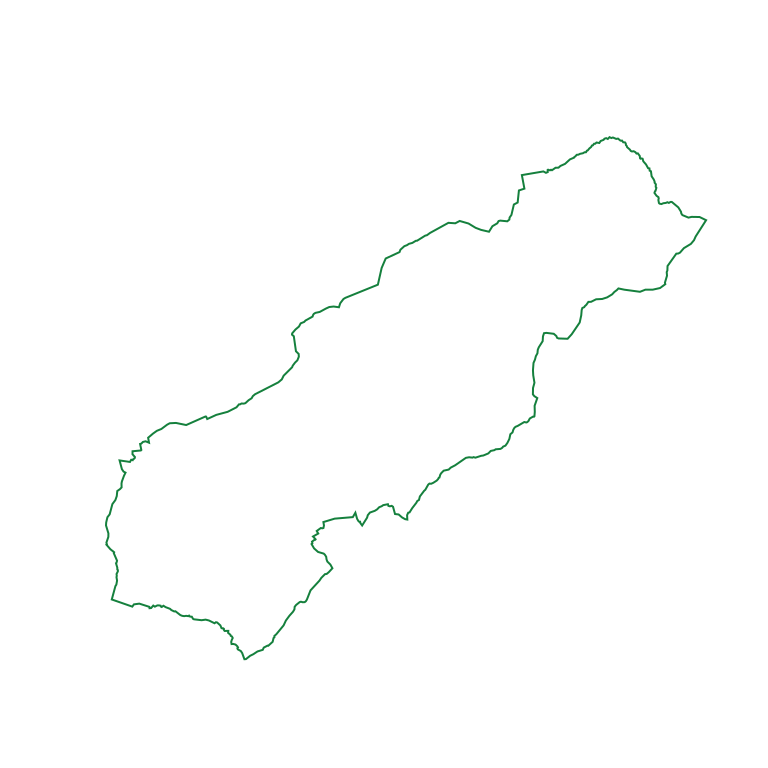 the district of Rodna, Bistrita-Nasaud, Romania, rotated 46°
{"feature_id": "2599482B97945568100996", "entity_name": "Rodna", "entity_type": "district", "adm_level": 2, "iso_a3": "ROU", "parent_name": "Romania", "parent_adm1": "Bistrita-Nasaud", "projection": "albers", "projection_center": [24.848, 47.491], "detail": "fine", "context": "isolated", "style": "outline", "palette": "green", "viewbox_px": 768, "rotation_deg": 46, "n_neighbors": 0, "source": "geoboundaries", "source_scale": "gbopen_adm2", "svg_char_len": 6069}
<svg xmlns="http://www.w3.org/2000/svg" viewBox="0 0 768 768"><g transform="rotate(46 384 384)"><path d="M369.3,719.7L368.8,717.0L372.0,712.6L381.3,707.6L382.4,708.4L383.4,707.1L383.1,703.9L385.0,703.5L385.8,700.9L386.9,699.7L388.3,698.7L389.2,699.1L390.0,698.8L390.3,696.7L392.8,696.1L397.1,694.1L398.9,694.0L401.9,692.9L402.6,691.9L408.8,691.0L410.6,690.2L412.2,689.0L413.3,687.4L415.1,686.0L415.2,685.1L416.6,685.1L417.9,683.9L420.2,684.5L421.2,684.2L427.2,679.3L429.6,676.0L432.5,674.2L438.4,672.1L438.6,670.4L439.6,669.7L444.0,669.4L446.8,670.5L448.2,669.3L449.0,669.3L449.3,669.9L450.9,670.2L453.4,667.5L454.7,669.0L457.7,668.7L458.7,669.2L459.8,668.8L461.3,669.1L461.7,669.4L462.3,671.2L463.4,673.1L465.2,674.3L466.3,673.0L468.3,671.8L470.7,671.7L472.1,672.0L472.2,673.0L473.3,673.5L476.6,672.5L479.0,672.9L485.0,675.6L486.0,674.4L486.5,669.1L487.6,665.7L488.5,660.8L491.0,655.9L490.1,653.6L491.3,649.5L491.9,649.1L492.1,643.2L490.0,639.9L490.1,638.8L489.1,637.9L489.2,635.3L487.9,623.9L486.0,618.9L485.0,613.0L484.6,607.6L483.9,605.0L482.2,603.0L481.9,600.7L482.3,596.2L482.9,595.0L484.6,594.0L485.8,592.6L486.0,591.2L485.5,589.2L481.4,580.2L480.6,567.0L479.9,563.7L479.8,558.5L480.8,557.2L481.0,554.4L480.7,549.1L476.6,548.0L472.4,548.1L470.3,547.2L468.1,545.6L465.6,545.1L464.1,545.2L459.0,548.1L453.7,548.5L448.8,547.3L448.8,546.1L447.4,545.3L447.8,542.2L448.3,541.6L448.2,541.1L444.4,541.0L445.9,535.2L443.0,534.5L443.7,529.5L444.9,528.7L445.5,527.6L444.0,525.4L441.2,523.5L446.6,513.0L458.1,498.9L456.7,494.0L462.3,497.0L464.8,497.6L466.1,497.5L466.5,496.9L467.6,497.6L470.6,498.0L468.4,489.0L467.1,486.8L466.7,483.4L468.8,478.8L469.4,476.1L469.3,473.0L470.3,470.6L470.6,468.7L473.2,464.7L474.7,465.5L476.1,464.7L477.0,463.1L478.6,462.8L485.2,466.4L488.0,464.1L492.5,463.7L495.9,462.7L497.7,461.4L494.4,458.5L493.4,456.0L494.1,454.8L492.9,449.9L491.9,443.2L491.3,441.4L491.7,439.4L489.8,436.3L488.7,429.3L488.8,427.8L487.1,422.1L487.2,420.5L488.5,419.4L489.3,417.2L490.1,413.2L490.0,411.2L489.5,409.8L489.8,409.1L488.3,406.5L487.9,404.8L487.8,401.3L490.5,396.9L490.5,394.1L491.9,389.3L494.0,376.4L495.8,373.7L498.4,371.5L498.8,370.4L500.5,369.4L503.2,363.9L504.4,362.3L506.4,357.2L506.3,353.7L508.3,350.5L508.5,349.1L511.6,345.3L512.0,343.3L511.8,341.8L512.7,339.5L512.1,336.2L510.6,332.0L507.9,328.0L508.1,325.2L506.7,322.7L506.1,320.5L506.2,319.0L507.0,317.0L508.8,309.5L510.5,308.4L510.9,307.6L511.0,305.9L510.1,303.1L511.0,299.4L511.7,298.9L511.7,298.2L508.8,294.9L504.3,290.8L500.6,283.5L497.2,284.3L494.9,284.1L490.4,279.6L487.6,274.9L481.4,270.6L477.6,267.3L472.7,261.8L471.3,258.4L469.5,255.5L468.5,252.3L466.2,249.6L465.1,247.1L463.4,240.1L460.2,236.6L458.6,233.6L460.0,231.7L465.8,227.0L469.2,226.7L471.0,227.4L472.5,226.8L479.0,220.5L478.6,214.4L475.7,200.5L471.6,194.4L468.1,190.4L467.1,188.5L467.8,186.6L467.5,185.3L467.6,183.5L466.9,179.9L468.7,178.0L470.4,172.6L474.4,168.0L476.7,163.3L478.0,157.6L477.8,154.4L478.2,151.1L478.1,149.0L483.1,145.6L495.5,135.8L497.7,130.5L502.8,125.2L506.7,118.8L507.6,112.3L506.3,111.6L502.7,105.2L499.9,102.9L499.2,101.3L496.1,98.1L493.3,83.2L494.6,81.6L495.1,79.8L494.6,73.9L496.4,65.9L495.9,61.1L494.4,57.4L489.9,38.5L483.1,41.0L477.5,46.6L475.8,49.4L469.8,52.0L467.9,51.7L466.4,50.7L461.4,49.6L453.0,50.5L452.1,51.4L451.6,53.3L450.1,53.9L449.5,55.5L448.0,57.5L447.3,59.4L445.7,60.5L444.8,60.5L442.2,58.8L441.4,57.5L440.2,56.8L437.9,57.2L434.4,56.7L433.6,55.2L433.7,54.6L432.1,51.8L430.9,51.6L429.2,49.7L427.2,49.5L426.3,48.7L424.3,47.9L420.5,47.2L416.4,44.2L415.1,44.7L413.3,43.3L412.2,44.1L408.1,43.0L404.0,42.8L401.6,41.5L400.7,42.0L400.1,43.0L399.5,43.0L397.6,41.6L394.4,41.2L393.6,42.3L391.9,42.1L390.0,42.7L389.0,44.1L387.7,44.6L386.2,44.3L382.5,44.6L381.3,44.0L380.2,44.0L378.9,43.0L377.6,42.8L376.3,44.0L374.2,43.7L373.7,44.5L372.9,44.9L370.0,45.2L369.0,46.7L365.7,48.1L365.0,49.6L363.1,50.3L363.2,52.8L361.5,53.4L360.7,55.0L360.9,56.5L359.7,59.3L360.2,61.7L357.9,63.4L357.9,65.1L357.1,66.0L357.4,68.0L356.9,68.8L357.4,70.4L357.2,72.6L357.5,75.2L357.1,76.0L357.6,77.7L356.6,78.8L356.2,80.6L354.6,83.1L354.1,84.8L353.0,86.2L353.2,88.3L352.9,89.3L353.2,90.0L351.6,94.2L351.4,100.9L349.7,105.6L349.6,108.2L347.6,110.4L346.9,114.7L345.9,115.0L345.6,116.2L343.8,117.1L343.7,117.6L345.3,119.0L344.6,120.8L341.8,121.7L329.5,139.7L341.0,147.3L338.5,152.5L346.3,161.8L345.1,165.9L350.9,174.9L351.5,178.0L352.8,179.6L352.6,182.3L347.2,186.9L346.4,188.4L347.1,190.9L345.8,196.4L347.4,202.7L340.6,207.1L335.3,209.6L327.3,211.7L319.3,216.3L317.9,221.1L312.8,225.7L307.3,246.0L306.8,249.7L305.9,251.3L303.9,260.7L303.1,261.6L302.2,265.6L300.5,268.7L300.1,271.0L299.0,273.6L298.8,278.9L299.9,281.2L294.9,295.6L298.9,305.1L308.3,319.4L295.2,351.9L294.7,354.1L295.5,359.4L297.5,363.1L293.3,366.4L290.6,369.9L289.4,373.3L287.5,380.2L285.2,383.9L284.8,385.8L285.2,387.4L285.9,388.5L283.8,396.4L283.9,398.3L282.5,401.8L283.6,405.3L283.3,409.9L283.8,414.9L284.6,415.9L287.0,415.7L299.3,424.6L303.1,424.5L305.2,426.3L306.8,429.9L306.8,433.1L307.4,436.9L308.1,438.4L308.3,450.4L309.7,454.3L309.4,458.9L301.8,483.8L301.6,486.8L302.3,489.1L301.6,492.7L301.5,497.0L300.7,498.5L299.0,500.1L298.7,501.6L297.9,502.4L298.3,506.3L295.4,515.8L289.7,526.1L286.4,535.5L284.2,534.7L283.6,534.7L283.2,535.4L276.1,554.8L267.5,560.7L263.4,565.4L262.6,568.3L261.7,575.4L259.9,579.9L259.2,584.7L258.8,591.0L263.0,593.8L259.6,595.3L258.2,597.7L258.3,600.0L257.7,601.1L262.9,604.4L262.9,605.1L257.7,611.6L259.8,613.7L263.5,613.9L264.1,614.7L264.1,617.2L263.8,617.4L264.1,617.8L262.9,618.6L263.6,620.9L255.3,627.3L263.2,631.7L266.1,632.2L268.2,631.5L269.4,634.8L272.0,640.2L273.2,641.9L276.1,644.6L276.2,647.0L275.7,650.2L279.0,654.1L280.9,657.9L281.7,662.8L287.2,671.9L287.7,675.5L290.6,680.0L292.6,682.2L300.0,686.0L302.5,688.5L305.3,693.9L307.0,694.8L306.9,695.3L312.8,695.6L317.6,695.0L318.0,695.9L325.7,698.8L326.9,700.9L326.8,701.3L330.8,703.4L332.2,704.7L333.0,704.7L333.9,705.6L334.9,708.4L336.4,709.5L337.1,710.6L340.0,712.6L342.4,715.9L342.8,717.6L349.9,729.5L369.3,719.7Z" fill="none" stroke="#15803d" stroke-width="2"/></g></svg>